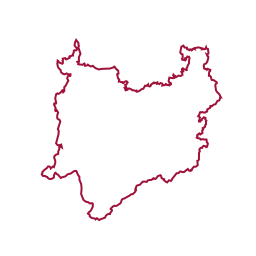 an SVG outline of Bayern, rotated 103°
{"feature_id": "DEU-1591", "entity_name": "Bayern", "entity_type": "State", "adm_level": 1, "iso_a3": "DEU", "parent_name": "Germany", "parent_adm1": "", "projection": "natural_earth1", "projection_center": [10.676, 48.917], "detail": "fine", "context": "isolated", "style": "outline", "palette": "rose", "viewbox_px": 256, "rotation_deg": 103, "n_neighbors": 0, "source": "natural_earth", "source_scale": "10m", "svg_char_len": 5673}
<svg xmlns="http://www.w3.org/2000/svg" viewBox="0 0 256 256"><g transform="rotate(103 128 128)"><path d="M155.3,56.9L154.3,56.8L155.5,58.1L155.7,58.8L155.6,59.4L154.5,60.5L158.3,63.5L158.7,64.9L158.5,66.8L158.8,67.6L160.6,68.7L161.2,70.5L167.8,73.6L169.3,73.8L169.9,74.3L169.7,76.3L172.2,77.6L171.8,79.3L170.6,81.5L169.8,81.3L169.4,83.9L167.2,85.0L166.7,85.8L168.1,88.0L171.2,89.5L171.5,90.0L171.2,91.3L171.7,91.5L171.4,92.0L173.2,93.3L173.9,95.5L174.7,97.0L176.3,97.6L176.5,100.1L177.1,101.7L180.6,103.6L181.9,106.1L182.5,106.6L185.7,107.1L186.4,107.0L186.2,106.4L186.8,106.2L189.0,106.9L191.4,108.5L191.8,109.9L193.6,111.4L197.4,115.6L198.6,117.5L199.7,118.0L202.1,118.1L203.4,118.7L206.3,121.5L206.8,122.4L206.8,123.8L207.4,124.6L209.8,126.3L210.8,126.7L211.6,125.2L212.1,125.0L215.1,126.3L215.8,126.2L215.9,127.2L217.0,128.9L218.4,129.8L220.5,130.2L223.4,134.7L224.2,135.4L222.9,138.0L224.3,139.0L223.8,139.4L223.7,140.0L223.8,143.2L222.7,145.4L221.1,145.9L220.4,147.8L218.7,147.1L218.0,146.3L216.7,145.6L212.5,144.6L209.9,145.2L209.3,145.8L210.1,148.1L209.3,150.0L209.3,152.5L208.1,155.2L202.9,158.8L197.4,159.6L193.2,161.0L189.3,163.7L186.5,164.4L184.9,166.2L181.6,168.6L181.7,170.0L182.4,171.1L185.3,173.6L186.6,176.3L189.3,178.2L190.7,181.0L191.8,182.2L189.2,185.8L188.9,187.2L187.9,188.5L188.5,189.1L190.8,189.5L193.0,189.1L194.8,191.1L195.3,192.5L195.2,193.7L194.6,195.0L193.8,195.7L193.9,196.8L193.4,197.8L193.8,200.3L192.4,201.7L191.1,201.2L190.0,201.5L187.6,200.0L185.4,198.1L183.4,197.2L183.2,195.9L183.7,194.7L184.8,194.2L182.3,192.3L182.7,191.4L178.3,191.0L176.1,191.6L173.7,193.2L172.1,193.4L170.0,192.0L169.1,190.2L166.2,190.7L163.9,190.2L161.7,190.8L161.1,189.9L161.8,188.1L159.2,189.4L160.3,191.2L160.4,192.5L160.2,193.3L159.1,194.6L149.6,194.3L146.2,194.9L144.9,196.1L136.9,195.4L135.6,196.4L134.9,198.6L134.1,199.3L131.4,199.8L128.6,199.6L126.7,201.5L127.6,201.9L127.8,202.3L127.4,202.8L124.3,203.3L122.4,205.0L121.5,205.4L120.6,205.3L120.6,203.9L119.8,203.6L115.4,205.6L111.2,205.6L110.2,204.6L110.5,204.0L110.4,203.4L108.4,201.5L106.3,200.7L106.0,200.3L107.7,199.2L106.3,198.4L102.4,199.3L101.5,198.5L95.3,196.8L93.4,198.4L91.2,198.3L90.0,197.6L90.4,196.4L90.2,195.9L89.1,196.0L88.5,196.2L89.1,197.8L88.7,200.3L89.8,201.4L90.0,203.1L89.0,205.3L88.4,206.0L86.7,206.7L85.6,208.6L84.1,210.1L81.4,211.3L78.2,211.7L78.6,210.7L79.5,210.3L80.2,206.5L79.5,206.1L77.7,206.4L77.1,207.0L76.2,206.7L75.1,207.2L74.0,204.8L74.9,204.2L75.1,203.7L74.7,203.1L72.7,200.6L71.6,201.2L71.1,200.9L70.7,199.6L69.8,198.7L69.7,197.9L68.6,198.3L66.2,197.8L65.1,198.2L64.3,197.8L64.1,196.1L63.1,195.4L61.9,195.8L59.9,198.4L58.8,198.8L56.3,198.8L53.9,198.3L56.4,195.4L58.0,195.0L59.0,194.3L60.4,194.6L66.4,191.0L70.0,191.8L74.0,190.8L74.9,192.3L75.3,191.9L75.5,190.8L77.0,190.9L77.1,190.2L76.6,186.5L75.0,185.1L75.4,184.6L76.3,184.5L77.1,183.8L76.0,181.6L75.3,181.3L76.1,179.6L76.3,177.8L75.3,176.2L75.9,175.5L77.1,172.6L77.5,169.6L76.3,166.9L74.1,158.9L72.1,155.6L71.5,155.5L71.2,155.0L73.7,152.2L73.6,151.5L74.5,150.4L77.2,149.5L78.1,150.7L82.0,148.7L82.7,147.5L84.7,147.3L84.4,146.9L84.9,144.9L84.4,143.6L85.3,143.0L85.3,142.6L83.5,141.4L82.8,140.3L82.9,139.6L83.7,138.6L84.8,139.2L86.0,139.3L86.8,140.5L89.2,138.5L89.7,138.8L89.2,139.9L89.5,140.4L91.8,138.8L90.8,137.0L89.6,136.6L89.2,135.9L89.5,133.7L90.3,132.1L89.9,131.1L90.2,128.6L89.8,128.2L90.7,127.8L90.7,127.5L89.5,125.5L86.9,123.2L86.3,121.9L83.0,120.9L83.1,120.1L82.4,119.5L82.5,118.9L81.2,118.3L82.2,117.9L82.6,117.0L82.6,116.0L81.7,115.3L80.8,115.6L78.0,113.1L78.5,112.7L77.9,111.8L77.8,110.8L77.1,109.9L78.4,109.8L77.9,108.3L78.2,107.4L76.9,106.5L77.0,104.7L77.7,104.0L78.9,104.1L77.7,101.5L76.6,101.0L77.4,99.5L76.9,98.5L77.2,97.5L76.1,97.1L76.2,96.3L75.5,95.9L74.4,96.7L74.7,97.6L73.2,99.0L69.6,99.0L69.4,95.5L68.7,94.9L68.9,94.5L68.7,94.1L67.1,95.0L66.7,95.8L65.8,95.7L66.6,94.7L66.6,93.8L67.5,92.5L65.6,90.5L65.5,88.5L64.0,86.9L62.8,87.3L61.4,88.6L60.5,86.9L59.6,87.6L59.4,88.4L58.4,88.6L57.5,88.0L58.2,86.5L58.2,84.6L58.5,84.2L58.3,83.8L56.4,84.4L55.3,83.8L54.1,84.0L51.3,83.1L48.4,83.7L46.0,83.8L44.9,84.6L45.2,85.4L45.0,86.3L47.0,86.9L47.1,88.0L47.7,88.0L48.3,87.0L49.3,87.4L49.0,89.8L49.3,90.4L48.5,91.0L47.4,90.5L44.1,91.3L43.8,91.7L44.0,92.5L42.7,94.1L36.8,94.3L35.3,92.5L36.9,91.0L36.4,88.7L37.9,88.1L37.8,87.1L38.4,85.8L37.4,85.2L37.3,84.8L38.1,83.5L37.8,83.1L36.5,82.9L36.1,82.1L36.2,80.7L35.3,81.3L33.6,77.5L33.7,73.5L34.7,73.7L33.7,70.5L31.7,70.1L32.9,69.4L33.1,67.8L37.1,66.4L38.8,67.2L38.6,67.8L40.1,66.7L40.3,65.9L42.0,65.5L45.7,65.7L47.6,66.5L48.8,68.1L50.3,68.2L52.7,67.3L53.1,66.9L52.9,65.5L53.6,64.3L52.4,63.7L52.8,62.3L52.8,60.9L54.1,60.8L54.8,61.4L56.3,61.4L58.9,60.9L58.7,59.9L59.4,58.9L62.3,57.3L62.1,55.2L63.5,51.8L64.5,51.6L65.5,52.5L66.7,52.6L71.5,50.7L72.8,49.5L74.5,46.7L77.3,44.3L77.4,45.1L80.1,45.1L80.9,45.7L81.4,46.9L85.2,48.1L85.8,49.6L88.1,51.4L87.8,52.1L88.1,52.7L90.0,52.6L92.0,54.9L94.1,54.6L94.6,55.6L95.6,56.3L96.0,58.0L95.7,59.1L96.3,60.1L96.3,61.1L96.6,61.4L99.4,61.6L100.7,62.3L101.5,60.3L103.8,60.2L105.0,60.6L105.7,60.3L105.5,59.1L104.4,58.8L103.8,58.0L102.7,58.0L100.5,56.5L100.8,54.7L102.2,54.7L103.4,53.2L104.3,53.5L106.8,52.8L107.7,53.4L109.5,53.2L111.3,55.1L111.7,54.4L112.8,54.5L113.7,55.2L116.2,54.3L118.0,56.1L117.1,57.1L117.4,57.5L119.4,59.0L120.0,58.4L121.9,58.9L122.3,57.4L122.0,56.6L122.4,54.9L122.9,54.6L122.0,52.4L122.1,51.2L121.6,48.9L124.3,47.9L124.6,47.1L125.5,46.6L128.6,46.8L129.1,47.6L128.4,48.2L128.4,50.4L129.7,51.2L130.6,51.2L131.0,52.7L132.5,53.6L133.7,53.4L134.3,52.8L136.3,53.2L142.8,51.8L144.3,52.5L144.5,53.0L148.6,51.7L150.5,53.3L150.9,55.1L153.0,56.2L155.0,56.5L155.3,56.9Z" fill="none" stroke="#9f1239" stroke-width="2"/></g></svg>